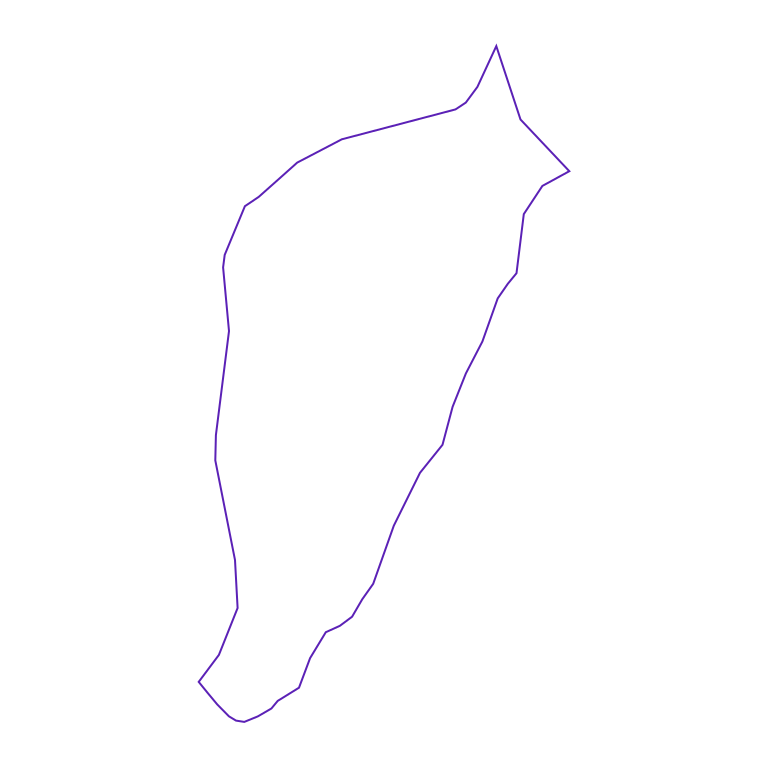 the border of Bundibugyo
{"feature_id": "UGA-3104", "entity_name": "Bundibugyo", "entity_type": "District", "adm_level": 1, "iso_a3": "UGA", "parent_name": "Uganda", "parent_adm1": "", "projection": "natural_earth1", "projection_center": [30.039, 0.68], "detail": "fine", "context": "isolated", "style": "outline", "palette": "violet", "viewbox_px": 768, "rotation_deg": 0, "n_neighbors": 0, "source": "natural_earth", "source_scale": "10m", "svg_char_len": 701}
<svg xmlns="http://www.w3.org/2000/svg" viewBox="0 0 768 768"><path d="M282.1,176.1L297.2,162.6L341.8,139.3L455.5,109.4L465.8,102.6L477.4,86.9L496.3,46.1L520.5,119.5L569.3,171.2L542.4,185.9L523.8,214.1L516.5,273.2L507.8,283.8L497.7,298.4L482.4,341.5L465.9,373.4L452.6,406.8L442.5,444.8L420.0,472.8L393.8,525.7L373.2,583.8L362.3,599.2L352.1,616.7L339.9,625.8L325.8,632.2L310.1,658.1L299.0,687.7L277.7,700.9L271.4,708.5L257.8,716.4L244.3,721.9L236.0,720.6L228.9,716.3L217.2,704.4L207.8,693.1L198.7,681.9L218.9,654.9L222.3,646.4L237.6,608.0L235.0,560.0L215.3,460.4L215.9,435.1L229.0,331.1L223.1,267.4L224.7,254.9L244.9,206.2L258.7,196.9L282.1,176.1Z" fill="none" stroke="#5b21b6" stroke-width="2"/></svg>